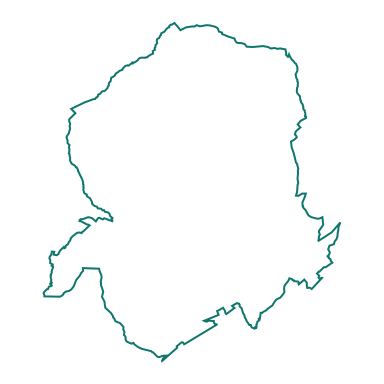 outline of Poiana Lacului, Arges, Romania
{"feature_id": "2599482B9907999216812", "entity_name": "Poiana Lacului", "entity_type": "district", "adm_level": 2, "iso_a3": "ROU", "parent_name": "Romania", "parent_adm1": "Arges", "projection": "albers", "projection_center": [24.705, 44.811], "detail": "fine", "context": "isolated", "style": "outline", "palette": "teal", "viewbox_px": 384, "rotation_deg": 0, "n_neighbors": 0, "source": "geoboundaries", "source_scale": "gbopen_adm2", "svg_char_len": 5858}
<svg xmlns="http://www.w3.org/2000/svg" viewBox="0 0 384 384"><path d="M311.7,289.0L322.0,277.9L321.6,277.8L319.8,278.8L319.2,278.5L318.5,277.4L319.3,275.8L317.0,273.5L318.9,271.5L319.4,271.7L323.9,267.2L325.7,267.2L332.4,262.6L330.6,260.7L330.6,259.3L330.2,258.8L328.9,258.3L328.8,257.1L327.6,256.7L327.5,256.1L328.7,255.2L329.7,253.2L329.8,252.3L328.2,249.4L329.4,245.7L333.9,244.2L334.7,241.3L336.5,239.2L337.5,236.2L337.6,233.4L338.3,230.3L338.5,227.0L340.4,222.4L331.5,232.5L318.6,240.8L318.3,240.4L319.0,238.6L318.7,237.5L319.2,236.3L319.1,235.8L319.9,234.7L318.9,232.0L319.0,230.8L322.7,225.6L323.2,224.5L322.4,217.2L319.6,218.5L317.2,218.7L311.1,217.1L308.4,215.3L305.5,210.0L303.8,208.3L303.0,207.1L303.1,206.2L302.6,206.1L302.4,202.5L304.7,197.2L305.8,193.6L302.1,193.6L298.6,195.8L296.0,195.7L297.1,191.7L297.6,184.7L298.1,183.8L298.2,182.0L297.5,179.0L298.0,173.2L297.8,171.3L298.3,168.5L297.2,164.9L297.2,164.1L296.0,162.5L293.7,153.1L291.7,147.4L291.0,141.6L294.8,139.3L296.8,137.3L296.2,135.7L294.9,134.6L295.8,131.4L300.4,127.4L297.7,124.4L300.7,120.8L306.0,118.0L306.0,117.2L305.7,116.2L305.0,116.2L305.4,113.4L304.7,111.5L304.7,110.3L303.5,109.4L303.2,108.3L303.4,107.1L302.8,105.8L302.8,104.6L301.0,102.2L300.9,100.8L300.4,100.2L299.9,96.2L297.5,93.5L296.8,91.9L297.0,88.0L297.9,86.2L297.7,85.2L297.9,83.2L297.8,81.9L297.3,81.3L297.4,80.0L296.4,78.2L295.6,74.5L297.4,70.7L297.4,67.4L297.1,66.4L296.0,63.8L295.0,63.2L293.4,61.0L291.9,59.7L290.2,57.0L289.1,54.4L288.5,56.5L288.0,56.9L286.1,54.9L286.4,54.7L285.5,49.4L280.0,48.4L277.6,48.9L274.7,48.0L270.8,48.5L268.0,47.0L263.1,46.1L252.5,47.0L246.7,46.7L244.7,44.0L241.3,43.1L238.2,43.0L236.4,42.4L235.2,40.5L234.5,38.5L228.5,36.7L222.1,34.0L222.0,32.6L218.8,31.5L218.1,29.0L217.2,27.9L215.3,26.8L209.7,25.4L206.5,25.2L200.0,26.3L196.7,25.2L194.4,26.6L192.3,26.4L186.0,27.4L180.4,30.2L178.0,27.0L174.4,23.0L172.0,24.6L170.6,24.7L169.2,26.1L169.1,27.3L168.2,27.5L166.4,29.0L164.4,31.7L161.4,33.2L160.8,34.5L160.9,35.2L159.9,36.0L159.7,37.0L159.1,38.1L158.3,38.3L156.9,39.6L156.8,41.7L157.2,43.1L155.4,45.5L155.5,46.9L154.6,48.1L154.9,49.8L152.7,51.2L153.1,53.3L152.5,54.0L151.3,54.3L148.2,56.2L147.5,57.2L146.1,57.2L145.4,57.8L141.6,57.6L140.0,58.0L138.9,58.6L137.6,60.4L134.7,62.4L132.3,62.4L131.9,63.0L132.4,63.5L130.5,64.0L129.0,65.4L128.2,65.7L127.5,65.3L125.2,66.0L122.7,68.6L122.4,69.8L119.2,71.0L118.0,72.2L115.7,73.6L114.8,75.6L112.8,77.0L111.3,77.6L110.5,81.5L109.6,82.1L108.8,83.6L108.8,85.4L108.0,86.2L107.5,88.0L105.3,90.4L104.5,91.0L102.3,91.3L99.9,93.9L98.2,94.6L98.1,95.9L97.5,96.3L97.2,97.3L96.2,97.5L95.1,99.0L93.0,99.3L84.4,102.5L71.2,108.9L75.4,113.2L69.2,119.3L69.2,121.4L69.9,122.9L70.1,124.4L69.6,126.2L70.1,128.4L68.8,133.4L66.7,136.5L66.6,137.5L67.6,140.9L67.6,143.2L69.5,145.1L69.1,145.9L69.2,147.1L68.9,148.0L69.5,149.2L69.2,150.9L69.5,151.9L68.8,153.3L69.7,154.8L69.5,155.5L70.1,157.2L70.1,160.9L71.9,163.9L75.0,165.7L75.9,167.3L76.7,167.3L78.0,170.0L78.0,171.1L78.6,171.7L78.7,172.3L82.1,179.1L83.2,182.5L83.0,184.0L83.6,185.2L83.2,186.8L83.7,187.6L83.3,189.5L84.1,192.6L84.9,193.6L86.4,194.3L86.9,194.9L86.8,195.7L87.1,196.4L90.1,198.3L92.0,202.1L92.1,203.9L94.5,205.9L96.9,206.7L97.8,208.4L101.2,208.7L102.5,210.3L104.0,210.2L104.9,211.7L108.4,212.6L109.3,213.6L110.3,216.2L112.5,218.0L112.5,218.4L111.5,219.0L112.4,220.9L112.3,221.2L110.1,220.5L104.8,218.4L104.2,218.3L103.2,219.2L102.3,219.3L99.6,217.9L98.6,217.9L98.1,218.1L95.9,221.4L92.5,218.5L90.3,217.6L88.1,217.2L83.9,218.8L80.3,219.4L80.0,220.1L79.5,220.3L79.5,221.1L81.1,221.3L87.0,224.5L88.3,224.6L89.6,225.4L83.2,231.5L81.9,232.2L81.6,233.1L79.6,232.5L77.2,232.8L72.7,236.2L70.6,238.5L70.6,239.3L69.7,241.2L69.0,241.7L68.0,244.1L65.7,245.8L65.3,247.7L64.3,248.2L63.7,247.1L60.3,250.3L58.7,253.0L58.4,254.2L56.6,255.2L53.6,254.6L54.3,251.8L51.8,251.6L51.6,253.3L50.8,255.2L49.6,257.1L49.4,258.4L50.2,259.9L50.2,263.2L52.7,264.4L52.8,264.9L51.7,265.8L53.1,266.8L51.6,271.5L51.8,272.8L51.1,273.8L50.9,275.6L50.6,275.6L50.8,278.0L51.3,279.8L51.0,281.6L51.8,282.7L51.3,283.6L50.2,283.5L50.1,283.8L51.7,285.3L51.7,285.8L48.9,286.7L48.0,289.1L47.0,289.2L43.9,292.3L43.6,293.3L44.3,295.0L44.4,296.4L60.0,296.7L62.0,295.6L63.2,294.5L63.6,293.3L66.0,291.5L68.9,291.0L71.4,289.4L73.8,286.2L76.2,280.0L79.8,275.7L80.9,273.4L83.1,270.8L83.0,268.1L99.1,268.7L99.5,270.9L101.3,275.1L101.6,277.5L100.7,281.6L101.1,283.5L100.9,284.6L103.2,291.6L102.0,296.9L104.4,301.5L105.3,307.8L110.8,312.8L113.1,316.3L113.0,317.1L114.4,318.8L115.4,321.2L120.1,323.2L123.3,326.7L123.5,327.3L123.3,329.6L124.4,331.6L124.0,335.0L125.2,336.2L125.6,337.4L125.5,339.0L126.2,340.8L127.0,341.7L131.4,343.7L133.5,342.9L134.3,344.3L138.0,347.0L141.7,348.8L151.3,351.2L152.2,352.2L153.0,352.3L157.5,356.8L159.1,357.1L162.3,356.0L166.3,355.6L165.4,357.0L164.7,357.2L162.9,358.7L162.8,359.6L162.0,360.6L162.1,361.0L177.2,347.7L176.7,346.3L181.8,342.2L183.2,342.7L184.2,344.3L217.5,324.2L216.5,324.5L214.7,323.8L214.1,322.7L213.8,321.0L208.6,320.7L207.2,321.5L206.1,321.6L204.1,320.8L218.6,314.9L217.1,311.1L223.1,307.8L225.0,310.9L225.5,313.2L226.3,314.1L234.5,308.0L232.1,305.9L237.1,303.0L238.1,303.7L239.1,303.7L239.6,304.7L239.8,306.5L241.6,308.3L243.2,313.5L244.2,314.6L244.8,317.4L245.9,319.1L246.9,321.6L248.4,323.3L248.9,324.6L249.4,325.0L250.8,325.0L251.6,327.3L254.4,328.6L255.1,327.3L255.9,328.2L256.2,328.1L256.6,326.4L256.3,324.9L257.1,323.3L257.4,321.6L258.7,320.8L258.8,320.0L259.6,319.7L258.9,318.7L259.9,318.2L260.7,312.8L262.2,312.9L263.4,311.8L266.4,310.2L267.4,309.0L272.5,305.3L274.2,302.3L276.3,299.6L280.3,297.6L283.3,294.0L284.4,291.8L284.1,289.0L284.3,286.6L285.0,285.0L288.3,280.9L289.4,278.3L291.8,279.0L292.6,280.1L293.6,280.1L294.0,281.1L298.3,281.6L298.9,282.8L298.5,283.5L298.8,284.4L304.3,279.6L306.8,282.7L306.8,286.0L307.2,287.9L309.8,287.7L311.7,289.0Z" fill="none" stroke="#0f766e" stroke-width="2"/></svg>